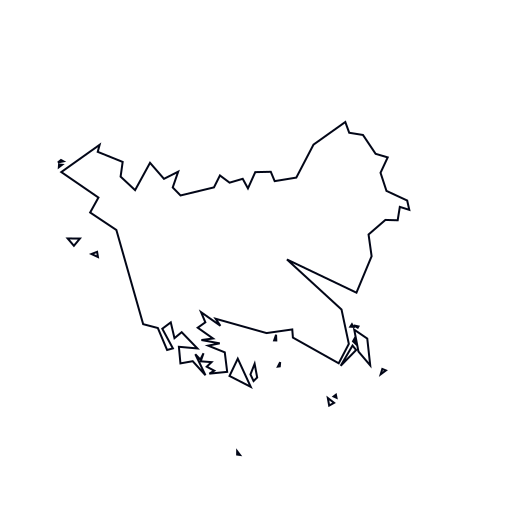 the district of Livingstone, Queensland, Australia, rotated 154°
{"feature_id": "25037944B91391383703186", "entity_name": "Livingstone", "entity_type": "district", "adm_level": 2, "iso_a3": "AUS", "parent_name": "Australia", "parent_adm1": "Queensland", "projection": "albers", "projection_center": [150.606, -22.725], "detail": "medium", "context": "isolated", "style": "outline", "palette": "ink", "viewbox_px": 512, "rotation_deg": 154, "n_neighbors": 0, "source": "geoboundaries", "source_scale": "gbopen_adm2", "svg_char_len": 1952}
<svg xmlns="http://www.w3.org/2000/svg" viewBox="0 0 512 512"><g transform="rotate(154 256 256)"><path d="M155.5,330.9L185.4,308.8L206.4,315.1L205.8,325.2L219.9,331.7L233.6,320.3L234.1,331.2L247.6,333.5L253.1,344.2L263.7,336.1L297.3,343.5L300.8,354.1L289.0,365.9L304.9,365.7L310.4,386.2L335.8,368.2L342.9,386.7L334.6,399.0L352.6,419.0L347.8,424.5L394.2,416.8L372.0,377.6L386.0,367.8L370.1,340.6L387.3,244.2L375.8,234.3L377.1,210.5L371.2,209.4L372.1,231.7L361.7,233.7L365.3,217.9L356.2,220.1L349.2,198.6L365.1,208.2L371.0,192.6L359.0,189.2L353.7,171.0L353.6,194.3L351.4,187.3L345.8,191.6L351.9,185.6L342.5,180.1L348.8,178.1L343.8,171.2L349.5,170.7L332.7,164.5L326.3,183.1L338.3,196.4L326.9,193.4L341.9,204.4L330.8,200.7L339.8,217.1L330.6,218.6L330.0,229.6L318.6,208.9L319.8,217.3L280.3,182.1L255.6,174.1L258.6,166.5L228.7,123.3L211.1,136.3L202.6,170.4L229.7,239.3L181.8,179.0L152.2,205.1L145.4,226.0L123.9,231.7L113.0,226.0L105.2,237.1L98.0,230.3L95.8,239.6L110.2,257.3L107.6,276.2L94.4,286.9L103.7,295.4L106.8,317.9L118.2,325.9L117.0,337.3L155.5,330.9ZM192.2,133.0L200.0,146.7L205.8,125.2L201.3,107.6L192.2,133.0ZM318.1,140.7L317.4,171.7L332.4,159.8L318.1,140.7ZM228.0,120.2L207.2,127.6L208.5,133.2L228.0,120.2ZM406.6,348.9L417.6,354.3L415.2,345.0L406.6,348.9ZM304.5,159.7L312.9,152.0L313.0,144.7L308.2,146.3L304.5,159.7ZM253.7,96.9L255.8,89.5L250.2,89.8L253.7,96.9ZM397.0,329.4L403.0,329.9L398.5,324.4L397.0,329.4ZM202.2,151.1L199.5,149.6L199.7,152.6L202.2,151.1ZM189.4,96.2L192.0,99.1L195.8,95.0L189.4,96.2ZM194.8,147.8L198.5,150.7L196.0,147.0L194.8,147.8ZM389.2,427.8L393.0,426.9L387.6,425.5L389.2,427.8ZM283.0,146.4L280.8,150.0L284.8,147.0L283.0,146.4ZM203.6,138.6L206.2,136.8L205.2,134.1L203.6,138.6ZM357.6,84.2L358.5,88.8L360.0,85.8L357.6,84.2ZM390.3,423.0L392.9,424.6L394.3,422.2L390.3,423.0ZM274.8,171.2L272.5,176.4L276.7,172.2L274.8,171.2ZM245.8,93.3L245.0,96.3L247.8,95.7L245.8,93.3Z" fill="none" stroke="#020617" stroke-width="2"/></g></svg>